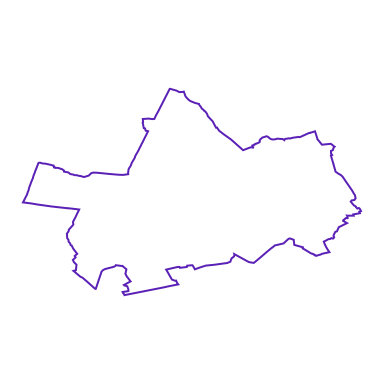 the district of Medzes pag., Grobinas, Latvia
{"feature_id": "27541924B37027523872355", "entity_name": "Medzes pag.", "entity_type": "district", "adm_level": 2, "iso_a3": "LVA", "parent_name": "Latvia", "parent_adm1": "Grobinas", "projection": "equal_earth", "projection_center": [21.153, 56.615], "detail": "fine", "context": "isolated", "style": "outline", "palette": "violet", "viewbox_px": 384, "rotation_deg": 0, "n_neighbors": 0, "source": "geoboundaries", "source_scale": "gbopen_adm2", "svg_char_len": 5835}
<svg xmlns="http://www.w3.org/2000/svg" viewBox="0 0 384 384"><path d="M333.3,163.6L330.9,155.5L332.1,155.0L331.0,153.4L331.0,152.6L331.0,150.9L331.7,150.7L332.2,150.4L332.7,150.2L332.9,150.0L333.1,149.7L333.1,149.0L333.7,147.6L334.6,146.7L333.8,146.2L332.1,144.7L330.7,143.8L322.0,144.7L321.3,144.0L321.3,143.9L317.3,139.0L317.3,138.5L315.0,131.3L312.0,132.3L310.5,132.6L310.3,132.7L310.2,132.9L310.1,133.0L309.0,133.0L300.0,137.1L299.5,137.2L298.7,136.9L292.5,137.8L290.1,138.5L289.6,138.5L289.1,138.3L288.9,138.3L285.6,138.9L285.0,139.1L284.7,139.2L284.4,139.6L284.3,140.1L282.6,139.0L280.1,138.9L277.7,138.7L276.4,138.7L276.7,138.8L276.1,139.1L275.6,139.2L274.0,139.4L272.6,139.5L270.7,139.0L270.1,138.6L267.9,136.8L266.7,136.3L266.4,136.3L262.3,137.6L261.8,138.0L261.2,138.6L260.2,139.5L259.8,140.1L259.6,140.4L259.8,141.1L259.8,141.8L258.7,142.7L256.6,143.5L256.2,143.6L256.1,143.8L255.3,144.0L255.1,144.0L254.9,144.1L254.6,144.4L254.6,144.5L254.2,144.6L254.0,144.9L254.0,145.0L253.9,145.1L253.6,145.1L252.3,145.5L252.5,146.9L253.9,147.7L250.9,147.3L249.5,147.7L243.1,150.2L231.4,139.8L230.5,139.1L224.0,134.5L219.1,130.7L217.0,127.6L216.2,127.8L215.3,126.4L212.8,121.5L208.5,116.9L207.8,116.1L207.6,115.6L207.5,115.1L207.2,114.2L206.7,113.4L205.9,112.2L204.5,110.8L204.2,110.8L203.5,109.9L202.9,109.4L201.8,108.6L201.7,108.4L201.2,107.5L201.0,107.1L200.5,106.4L199.9,105.7L199.5,105.2L199.0,104.3L199.0,104.0L195.3,103.0L194.6,102.8L190.1,100.9L189.0,100.1L187.0,98.1L185.7,96.6L185.1,95.4L185.1,95.1L183.8,91.6L182.8,91.9L181.6,92.0L179.3,92.1L177.0,90.9L176.4,90.6L170.4,88.9L169.7,88.9L158.1,111.6L155.7,115.9L154.7,118.2L154.4,118.9L152.4,119.1L148.7,118.6L142.8,119.0L143.1,122.4L143.0,122.6L142.7,122.7L143.8,128.1L145.0,128.4L145.7,130.7L147.9,131.1L148.1,131.2L147.1,133.2L146.3,134.8L144.6,138.1L142.6,142.2L141.6,144.0L140.5,146.4L139.9,147.4L138.7,150.0L137.2,152.7L136.2,154.3L135.1,156.4L134.9,157.4L134.2,158.8L131.8,162.8L130.7,165.8L129.1,168.2L128.8,168.7L128.5,169.9L128.3,171.0L128.3,171.8L128.1,172.4L128.2,174.2L123.2,174.9L122.6,174.9L118.0,174.7L108.6,173.9L99.7,173.0L96.3,172.7L93.5,172.6L91.4,173.1L91.1,173.3L88.7,175.6L84.8,176.8L83.8,177.0L82.7,176.7L81.9,176.4L81.4,176.2L78.8,175.8L78.0,175.6L77.1,175.2L76.6,175.2L75.2,175.2L74.8,175.2L73.3,174.6L70.5,174.1L70.2,174.0L69.0,173.0L68.8,172.6L68.7,172.5L68.8,172.5L66.5,172.1L64.0,171.6L64.0,171.0L64.0,170.6L63.9,170.5L62.8,169.7L62.1,169.2L61.3,168.9L60.6,168.8L59.4,168.3L58.7,168.1L57.9,167.9L55.5,167.9L55.0,167.8L54.8,167.7L54.6,167.6L54.5,167.1L54.0,167.2L53.9,166.2L53.7,165.8L53.6,165.6L53.4,165.7L52.8,165.6L51.4,165.0L45.6,163.7L44.8,163.6L43.8,163.6L42.4,163.4L40.0,162.7L39.2,162.6L38.9,162.4L38.9,162.2L38.1,163.8L37.9,164.5L37.1,166.3L36.8,167.3L36.2,168.7L36.1,169.2L35.8,169.6L35.0,171.8L34.6,173.1L33.6,175.5L33.2,176.9L32.8,178.4L32.5,178.9L32.3,179.6L31.6,181.1L29.6,186.5L29.3,187.2L28.5,190.4L28.0,191.6L27.8,192.0L27.7,192.6L27.4,193.1L27.2,194.2L27.0,194.6L26.6,195.5L26.0,196.4L25.5,197.5L25.2,198.1L23.0,202.4L31.6,203.5L37.4,204.5L51.8,206.5L68.0,208.3L68.0,208.2L75.1,209.0L79.2,209.5L76.6,214.8L75.5,217.2L74.1,219.7L73.0,221.9L73.3,224.6L72.4,225.7L68.8,229.7L68.7,231.1L66.9,233.7L67.2,238.1L68.5,240.0L68.6,241.7L70.1,243.3L70.7,245.2L71.8,245.7L73.0,248.3L75.0,251.0L77.2,253.8L74.7,256.0L75.6,257.4L72.9,259.9L73.9,262.1L76.5,264.7L75.9,270.2L73.5,270.9L80.5,276.8L82.4,277.6L86.5,281.1L95.0,288.7L95.7,288.9L95.9,288.5L98.2,281.6L100.9,273.6L101.5,271.8L101.8,271.4L102.2,270.9L102.7,270.4L103.8,269.7L104.5,269.3L105.2,269.0L107.1,268.5L113.5,266.9L114.6,266.4L115.1,266.1L115.8,265.5L115.9,265.2L121.2,265.9L121.5,266.0L122.1,266.0L122.4,265.9L122.7,266.1L123.2,266.6L126.4,269.3L125.4,273.8L126.8,276.5L127.7,277.6L129.0,279.4L130.6,281.4L123.9,285.0L124.3,285.4L127.3,286.3L128.4,289.5L128.4,291.1L122.6,292.0L122.7,292.5L124.4,294.7L124.5,295.1L147.9,290.5L163.6,287.4L169.1,286.2L178.2,284.4L177.0,282.8L176.6,281.8L176.1,280.6L174.9,280.7L172.0,279.6L171.9,279.5L169.7,275.7L168.3,273.2L166.2,269.6L177.0,267.1L179.5,266.9L179.9,267.8L186.8,267.0L187.1,265.7L192.3,265.2L192.6,265.4L194.3,268.2L194.6,268.9L194.8,269.3L200.2,267.4L205.8,265.6L214.9,264.7L217.6,264.3L227.2,263.0L230.4,261.7L230.6,260.9L231.3,259.0L231.5,258.4L232.4,257.8L234.1,256.3L234.4,254.6L234.3,254.1L248.9,262.1L253.7,262.9L255.2,261.8L260.7,257.2L266.5,252.2L270.7,248.7L273.5,246.6L274.7,245.5L283.6,243.4L287.7,239.6L288.5,238.9L289.9,238.4L293.7,239.8L294.3,244.9L300.0,246.5L302.9,247.3L302.6,248.2L302.7,248.4L302.8,248.4L305.6,250.1L310.1,252.8L311.4,253.6L311.7,253.7L312.3,253.7L312.6,253.9L312.9,253.9L313.1,254.1L313.4,254.2L313.6,254.5L314.2,254.5L314.5,254.9L315.0,255.0L315.1,255.4L315.4,255.5L315.5,255.7L316.1,255.8L316.2,255.7L316.6,255.6L317.1,255.6L317.3,255.4L318.4,255.2L319.2,254.9L320.1,254.7L320.8,254.5L321.9,253.8L322.1,253.8L325.1,253.1L329.4,252.2L327.3,249.0L326.1,246.9L324.9,244.5L323.8,241.6L326.5,240.3L327.2,239.8L328.4,239.2L328.8,239.1L330.0,239.0L330.3,238.9L331.3,238.1L331.5,238.1L333.0,238.6L333.5,238.2L334.1,237.5L334.2,237.2L333.5,235.9L333.6,235.5L333.7,235.0L334.3,233.9L334.4,233.6L335.2,232.0L335.4,231.8L337.0,231.3L338.8,227.2L343.0,225.1L347.0,223.1L343.1,220.8L343.3,220.1L343.5,219.9L343.9,219.8L344.3,219.5L344.5,219.4L344.6,219.2L345.3,218.6L345.8,218.1L346.3,217.9L347.0,218.2L347.3,218.2L347.6,218.0L347.4,217.8L347.4,215.9L347.2,215.6L348.1,215.7L353.7,215.7L353.3,214.4L359.9,213.2L359.3,211.7L361.0,211.1L360.1,209.3L359.6,208.6L359.2,208.2L358.7,208.0L357.6,208.6L357.4,208.6L356.0,207.2L355.8,206.5L353.8,205.3L350.7,201.6L351.7,200.4L354.4,200.0L355.6,198.3L355.1,195.9L354.9,195.1L354.1,194.0L352.1,190.5L347.1,183.3L342.7,176.8L341.1,175.2L338.1,173.5L335.5,171.6L335.0,169.6L333.4,164.1L333.5,163.9L333.3,163.6Z" fill="none" stroke="#5b21b6" stroke-width="2"/></svg>